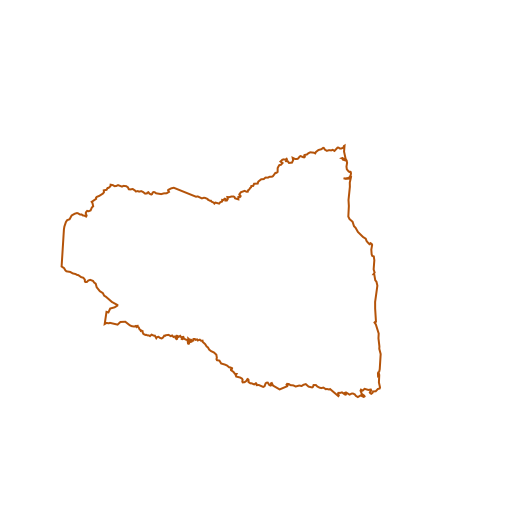 outline of San Carlos, Panama, rotated 304°
{"feature_id": "35544464B52564118130817", "entity_name": "San Carlos", "entity_type": "district", "adm_level": 2, "iso_a3": "PAN", "parent_name": "Panama", "parent_adm1": "", "projection": "natural_earth1", "projection_center": [-80.034, 8.53], "detail": "fine", "context": "isolated", "style": "outline", "palette": "amber", "viewbox_px": 512, "rotation_deg": 304, "n_neighbors": 0, "source": "geoboundaries", "source_scale": "gbopen_adm2", "svg_char_len": 6116}
<svg xmlns="http://www.w3.org/2000/svg" viewBox="0 0 512 512"><g transform="rotate(304 256 256)"><path d="M213.9,431.4L215.3,432.6L216.4,432.3L219.9,428.6L226.3,424.7L227.2,423.7L227.2,423.0L225.1,424.4L224.8,424.3L227.1,422.6L229.0,422.8L231.3,421.9L244.4,414.2L248.0,410.1L250.0,408.9L256.3,403.5L260.3,401.1L266.3,393.6L267.4,390.7L267.5,392.0L268.6,392.2L279.0,384.2L284.6,380.4L299.3,373.2L302.0,370.3L302.6,368.4L306.7,364.5L307.0,364.0L306.7,363.6L308.6,363.6L310.7,361.0L318.6,356.5L321.5,353.9L321.1,352.3L322.1,350.9L325.8,348.0L330.1,346.1L330.6,345.4L330.7,343.9L329.3,343.8L329.2,343.4L329.6,343.1L329.6,341.4L330.3,339.2L331.7,337.3L331.6,334.1L332.9,327.1L335.1,322.7L335.5,320.6L338.4,316.9L338.9,312.9L340.3,310.5L349.4,305.0L354.1,301.4L365.9,295.1L369.3,292.7L374.8,290.5L374.8,289.8L373.8,290.3L372.5,290.2L370.1,287.2L369.4,285.1L370.2,286.7L372.8,289.4L375.7,289.4L377.7,288.5L378.6,287.5L378.5,286.8L377.9,286.5L377.9,285.5L378.7,282.8L380.7,281.0L384.2,279.4L385.8,277.8L386.3,276.7L386.0,276.4L385.2,276.6L384.5,274.2L385.1,273.6L384.9,272.4L385.6,272.9L385.5,274.6L386.9,275.7L391.8,270.6L397.0,267.7L396.3,267.4L394.7,267.9L392.6,266.4L392.0,265.4L392.0,263.8L391.5,263.0L387.0,262.3L386.9,260.2L385.6,259.3L384.6,257.4L382.8,255.9L382.7,253.7L383.5,251.7L383.2,251.2L381.1,250.5L378.8,248.5L375.7,247.5L374.2,247.7L374.0,246.2L372.3,243.0L370.4,241.9L368.7,241.5L366.8,239.7L366.1,239.9L365.6,241.0L364.7,240.8L364.2,239.6L363.8,237.1L362.9,236.6L360.3,236.4L359.5,235.9L358.3,234.2L357.9,231.5L356.2,233.2L353.5,233.6L351.6,231.3L352.3,229.4L351.5,228.0L353.4,227.6L353.7,227.0L352.3,226.5L351.5,224.8L350.5,224.0L348.0,223.5L347.9,226.0L345.6,225.7L344.4,224.5L342.4,224.6L341.0,224.8L337.8,226.9L336.4,226.5L335.8,225.6L331.6,225.4L330.7,224.9L329.1,222.8L327.8,222.2L326.3,220.0L324.1,219.4L322.5,217.4L318.9,216.3L317.0,216.9L314.8,214.0L312.6,214.5L311.4,213.0L310.2,213.5L309.0,213.1L307.2,213.2L306.1,212.7L304.7,213.2L304.0,212.2L303.6,210.1L300.4,207.8L297.8,207.7L297.2,209.6L296.7,209.9L295.9,209.7L295.7,208.7L295.1,208.3L293.1,209.7L292.1,206.4L292.9,205.1L292.7,204.0L291.6,202.4L289.8,200.9L288.9,199.3L287.6,200.7L285.7,200.8L284.9,199.7L286.2,198.8L286.0,198.0L284.0,197.6L283.6,196.6L282.2,197.4L280.6,196.3L278.8,196.1L277.6,192.5L276.2,192.2L276.6,191.1L276.2,188.8L276.6,187.7L276.1,187.1L275.8,184.6L276.2,184.0L275.7,181.4L275.2,180.3L273.5,178.9L272.8,174.4L271.6,173.1L266.6,149.7L264.7,147.9L261.8,146.3L261.4,146.3L260.5,148.0L258.0,146.8L256.4,144.6L254.3,142.8L252.1,138.1L252.2,136.3L251.7,135.3L250.9,134.9L249.1,135.2L248.4,134.8L248.1,132.8L248.7,131.1L247.9,130.6L246.9,130.6L245.7,129.2L245.9,126.6L245.6,124.6L244.0,123.1L243.7,121.7L242.3,120.3L242.6,119.2L242.6,116.3L240.9,114.6L240.2,113.2L241.3,111.4L241.3,109.3L240.0,106.9L238.6,106.1L237.6,102.0L235.9,101.0L234.8,99.7L234.7,97.7L233.8,95.6L232.4,96.3L230.0,95.7L229.4,94.9L227.3,95.1L225.3,93.1L223.8,94.3L222.2,94.2L218.3,92.5L215.9,90.9L214.9,90.8L214.0,91.5L209.0,89.5L208.5,90.8L206.2,93.2L204.4,92.8L201.3,93.4L199.5,92.2L199.0,90.8L197.2,90.6L196.3,90.9L194.7,93.0L193.7,93.1L193.5,91.1L192.8,89.8L192.9,88.2L192.0,87.0L191.8,84.3L191.4,83.5L189.7,82.1L186.5,80.5L182.2,80.9L180.1,79.4L177.9,79.4L173.2,80.7L170.8,81.8L138.6,100.7L138.6,103.7L137.5,106.0L137.3,107.4L138.9,110.9L139.1,113.8L140.1,116.4L140.3,118.4L140.8,119.4L140.7,122.8L141.4,125.0L140.7,127.3L139.3,128.3L139.0,129.1L139.9,130.3L141.9,130.7L143.5,131.9L144.2,134.8L143.5,136.6L143.4,138.6L141.0,141.4L139.5,146.2L139.6,149.8L138.2,152.3L138.3,154.4L137.3,162.3L137.9,168.5L137.3,168.8L134.4,167.5L130.9,164.5L126.7,165.2L126.1,163.3L115.0,168.6L116.9,169.5L117.9,171.6L118.9,172.3L121.7,179.6L125.5,180.5L128.4,184.4L128.0,190.1L128.3,192.1L129.4,194.5L130.6,195.3L130.3,196.4L131.5,196.4L131.9,196.9L131.1,197.4L131.2,198.7L130.0,200.6L130.1,201.7L129.5,202.4L130.1,202.8L130.3,204.0L129.3,204.7L128.4,206.3L128.7,208.5L129.2,208.9L129.5,210.4L130.2,211.5L130.3,212.9L132.4,213.4L132.8,215.8L133.4,216.7L132.1,219.3L133.3,219.3L134.5,220.3L134.4,222.3L134.9,223.9L136.5,224.5L138.7,224.5L139.0,225.3L139.8,225.5L141.7,227.6L141.9,230.2L143.2,230.9L142.7,232.9L144.1,233.9L143.8,234.6L142.8,235.5L142.7,236.7L143.2,236.9L145.6,235.1L145.9,235.7L145.6,237.1L147.4,237.8L146.8,239.4L148.3,241.0L148.0,241.4L146.5,240.7L145.7,240.9L145.8,241.4L147.3,242.4L147.4,244.4L148.0,246.3L145.4,248.6L145.4,249.0L145.9,249.4L146.4,248.8L147.7,249.3L147.8,248.5L148.4,248.5L149.3,246.3L149.7,246.0L149.3,249.0L148.6,250.2L149.1,250.5L150.2,249.7L150.2,250.8L150.8,251.3L152.2,250.6L153.0,251.7L152.7,252.8L153.9,253.7L153.4,254.9L155.2,256.2L155.0,257.8L155.9,259.0L155.0,259.8L154.5,263.2L153.4,265.6L153.3,267.4L152.2,269.5L152.0,271.9L152.5,275.1L152.0,278.3L149.8,280.4L148.4,280.9L147.8,281.9L148.8,284.2L147.4,287.2L148.6,291.0L149.0,293.2L148.7,296.1L149.3,297.1L149.6,298.9L149.1,299.2L147.9,298.7L147.4,299.1L147.3,302.2L146.5,304.4L147.3,305.8L145.8,305.9L145.0,307.0L146.4,310.9L146.5,313.0L145.9,314.1L144.2,314.9L143.8,315.7L145.0,317.1L147.1,317.9L149.0,317.7L149.4,317.9L149.1,319.1L147.3,320.3L147.3,322.6L148.0,323.6L148.5,326.3L150.5,327.1L150.4,327.7L149.3,328.8L150.6,330.4L151.5,335.2L152.8,335.9L155.8,335.2L156.9,335.6L157.6,336.5L156.5,339.1L156.7,340.5L157.3,340.9L158.7,339.6L159.5,340.1L158.1,342.6L158.6,350.2L165.5,354.7L166.2,354.6L166.4,353.3L167.4,353.3L168.2,354.8L168.2,356.8L169.6,359.3L170.0,361.9L172.8,364.3L173.7,366.5L175.8,367.4L177.6,368.9L177.1,372.6L178.4,376.0L179.4,376.4L181.2,375.9L182.5,377.8L182.1,379.8L182.4,382.3L183.0,384.0L184.6,385.5L184.6,388.4L185.4,389.1L186.2,391.3L187.1,391.8L185.9,402.6L186.7,402.6L187.7,401.0L188.6,400.8L189.7,402.5L191.0,403.5L190.9,407.1L191.2,407.9L192.1,407.9L192.5,406.4L193.2,406.9L193.4,411.1L195.4,412.2L196.2,413.3L196.5,415.3L195.9,416.9L196.0,419.3L198.9,420.7L199.4,424.1L200.3,424.5L200.7,423.9L200.8,420.8L202.8,418.0L203.9,417.8L204.0,419.7L206.6,420.3L207.8,424.1L209.5,425.8L209.0,426.7L206.6,426.6L206.2,427.4L206.2,428.6L207.6,429.1L209.2,428.9L210.8,430.9L213.9,431.4Z" fill="none" stroke="#b45309" stroke-width="2"/></g></svg>